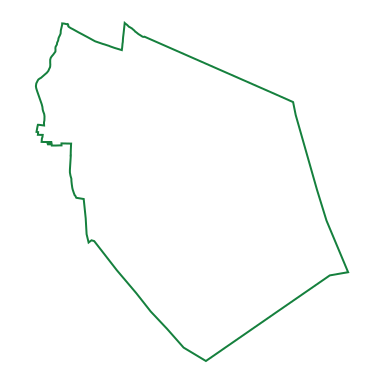 outline of San Agustín de las Juntas, Oaxaca, Mexico
{"feature_id": "50627088B60730014826976", "entity_name": "San Agustín de las Juntas", "entity_type": "district", "adm_level": 2, "iso_a3": "MEX", "parent_name": "Mexico", "parent_adm1": "Oaxaca", "projection": "equal_earth", "projection_center": [-96.708, 16.991], "detail": "fine", "context": "isolated", "style": "outline", "palette": "green", "viewbox_px": 384, "rotation_deg": 0, "n_neighbors": 0, "source": "geoboundaries", "source_scale": "gbopen_adm2", "svg_char_len": 2076}
<svg xmlns="http://www.w3.org/2000/svg" viewBox="0 0 384 384"><path d="M205.9,361.0L275.6,312.8L329.8,275.4L348.1,272.2L326.5,220.6L317.0,189.8L295.7,115.0L293.1,102.1L275.6,94.3L144.5,36.7L144.1,36.9L143.7,36.9L143.0,36.8L142.4,36.6L140.1,35.1L138.3,34.0L138.1,33.8L136.0,32.1L135.3,31.7L134.3,30.5L133.8,30.1L133.1,29.5L132.5,29.0L131.9,28.4L131.0,27.9L129.7,27.1L129.1,26.9L127.1,24.9L125.5,23.7L124.7,23.0L123.6,33.2L123.1,37.3L122.9,39.8L122.8,42.0L122.5,43.7L122.4,45.0L122.2,47.2L122.1,48.0L121.8,50.1L114.5,47.9L110.2,46.4L109.1,45.9L108.8,45.8L106.9,45.2L105.4,44.7L103.8,44.2L103.3,44.1L95.1,41.3L88.0,37.4L86.7,36.7L84.8,35.7L82.6,34.5L78.6,32.4L72.7,29.1L70.9,28.2L69.6,27.4L68.7,26.8L68.6,26.3L68.1,25.9L68.2,24.9L67.8,24.1L67.5,24.0L67.3,24.1L66.8,24.2L64.2,23.6L62.2,23.4L62.1,25.0L61.2,28.8L60.8,30.5L60.6,33.6L59.9,35.3L59.1,36.9L58.8,37.5L58.4,38.8L58.3,39.8L58.0,40.9L57.5,41.9L57.1,42.8L56.9,44.5L55.6,46.8L55.4,48.2L55.5,49.8L55.4,51.6L53.3,54.5L51.7,56.4L50.8,57.7L50.2,59.7L50.2,62.9L50.3,64.6L50.2,66.2L50.0,67.3L49.1,69.1L48.4,70.8L46.9,72.7L40.9,77.9L39.6,78.6L38.4,79.5L37.8,80.4L36.3,83.4L35.9,86.1L36.2,88.1L36.9,90.4L37.3,91.6L41.8,104.5L41.9,105.0L42.4,106.9L42.7,109.6L43.2,111.4L44.2,114.1L44.5,116.4L44.4,120.4L44.0,122.3L44.0,123.6L44.1,125.5L43.3,125.4L38.8,124.8L37.9,124.8L37.4,127.0L36.5,131.9L38.1,132.1L38.0,133.2L38.0,134.2L37.9,134.8L42.7,134.9L42.6,135.5L42.6,136.0L42.5,136.6L42.3,137.6L42.0,138.1L41.9,138.7L41.8,139.2L41.8,139.8L41.7,140.9L41.6,141.9L43.3,142.0L51.3,142.0L51.5,143.2L47.5,143.1L47.8,144.0L47.9,144.3L51.7,144.3L51.8,145.5L52.0,145.5L53.9,145.5L54.1,145.5L56.6,145.5L59.6,145.4L61.5,145.4L61.5,143.4L71.1,143.6L71.0,145.4L70.8,150.4L70.7,154.6L70.6,155.4L70.8,155.4L69.9,169.9L69.9,172.5L70.5,175.8L71.3,178.5L71.4,179.2L71.4,180.8L71.8,184.5L72.3,187.9L72.7,189.6L73.4,191.7L73.8,192.9L74.7,195.3L75.2,195.6L76.3,197.8L83.7,199.0L85.7,218.3L86.6,234.2L88.6,242.5L91.5,240.3L94.2,241.1L116.8,270.2L136.3,293.2L150.7,311.5L167.1,328.9L183.6,347.6L205.9,361.0Z" fill="none" stroke="#15803d" stroke-width="2"/></svg>